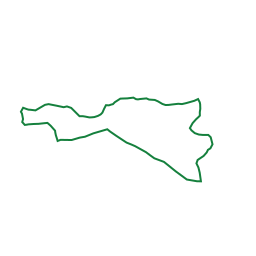 outline of Oke Ero, Kwara, Nigeria, rotated 44°
{"feature_id": "59680162B41605859942250", "entity_name": "Oke Ero", "entity_type": "district", "adm_level": 2, "iso_a3": "NGA", "parent_name": "Nigeria", "parent_adm1": "Kwara", "projection": "mercator", "projection_center": [5.236, 8.179], "detail": "fine", "context": "isolated", "style": "outline", "palette": "green", "viewbox_px": 256, "rotation_deg": 44, "n_neighbors": 0, "source": "geoboundaries", "source_scale": "gbopen_adm2", "svg_char_len": 1438}
<svg xmlns="http://www.w3.org/2000/svg" viewBox="0 0 256 256"><g transform="rotate(44 128 128)"><path d="M39.7,190.7L41.4,191.2L41.6,191.2L46.3,194.5L47.8,197.2L49.3,197.3L51.6,197.5L52.9,195.9L53.8,194.6L57.3,190.7L60.5,187.4L60.7,187.2L64.8,182.3L66.5,180.3L68.1,180.2L70.9,180.1L77.4,180.6L78.5,181.5L78.9,181.8L81.1,183.3L83.9,184.8L86.4,186.2L87.7,183.4L95.8,175.8L100.0,168.4L103.1,164.2L106.8,155.9L114.0,143.3L117.5,143.0L124.8,141.8L137.1,139.5L142.0,137.5L145.8,136.1L157.7,132.9L162.5,132.3L168.0,131.5L177.4,127.4L192.7,126.0L206.1,124.2L214.6,118.4L217.5,115.7L210.7,110.4L206.6,107.8L206.1,107.5L201.8,105.9L200.3,102.6L201.8,95.6L201.6,90.9L200.7,88.2L201.4,85.4L200.1,81.0L193.9,77.2L190.6,77.2L186.4,81.2L183.5,83.5L179.6,85.3L175.3,85.6L172.6,85.1L171.1,79.6L170.9,74.5L171.1,71.2L171.1,69.2L168.6,66.7L166.7,64.0L163.4,60.8L161.8,59.7L158.3,58.5L156.8,62.4L152.5,69.8L150.2,73.3L147.3,75.7L143.1,80.8L141.1,83.3L139.0,85.4L136.1,86.8L131.1,88.0L127.8,89.2L123.4,92.9L120.7,93.9L116.6,98.7L115.3,100.5L113.7,101.7L110.8,102.4L106.9,107.2L103.7,110.5L102.1,112.2L100.6,118.6L100.6,121.3L99.6,122.9L98.5,125.0L96.3,126.9L97.5,130.9L98.9,134.7L98.9,137.2L98.0,140.1L96.2,143.5L94.6,145.4L92.9,147.2L89.3,149.5L87.3,150.9L84.9,153.2L73.2,153.0L69.1,154.9L67.3,157.7L61.1,161.6L54.3,166.0L52.2,169.0L49.2,179.6L45.0,182.8L43.7,183.9L42.1,184.7L38.5,186.3L39.7,190.7Z" fill="none" stroke="#15803d" stroke-width="2"/></g></svg>